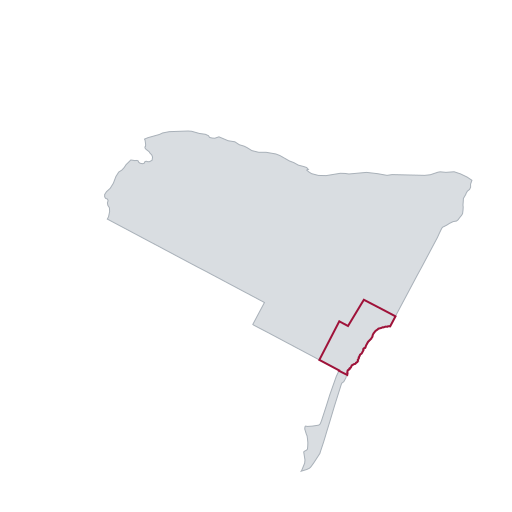 Kavango on a map of Namibia (Mercator projection), rotated 118°
{"feature_id": "NAM-3354", "entity_name": "Kavango", "entity_type": "Region", "adm_level": 1, "iso_a3": "NAM", "parent_name": "Namibia", "parent_adm1": "", "projection": "mercator", "projection_center": [19.863, -18.289], "detail": "fine", "context": "in_parent", "style": "outline", "palette": "rose", "viewbox_px": 512, "rotation_deg": 118, "n_neighbors": 0, "source": "natural_earth", "source_scale": "10m", "svg_char_len": 4449}
<svg xmlns="http://www.w3.org/2000/svg" viewBox="0 0 512 512"><g transform="rotate(118 256 256)"><path d="M377.9,111.1L383.3,110.0L388.4,109.0L394.3,108.0L399.0,107.2L400.2,106.9L411.6,107.9L416.6,108.6L418.3,109.2L420.6,110.9L424.8,115.1L423.7,115.0L416.0,115.8L413.1,117.0L406.6,121.9L405.2,121.3L403.7,120.2L402.3,119.9L399.5,121.1L396.6,122.5L393.4,124.6L390.8,126.5L390.0,127.6L385.9,131.7L384.6,132.3L383.4,132.6L382.9,132.4L382.4,130.7L379.9,126.6L375.9,121.2L374.7,120.7L373.9,120.5L370.9,120.8L362.3,122.3L355.0,123.6L343.8,125.7L331.8,127.5L324.4,128.6L317.9,128.9L317.9,134.2L318.0,144.9L318.0,155.7L318.0,166.5L318.0,177.3L318.0,188.1L318.0,199.0L318.0,209.9L318.1,220.9L318.1,225.7L317.9,226.7L314.2,226.7L305.8,226.7L298.8,226.7L293.1,226.7L293.1,233.2L293.1,240.9L293.1,248.7L293.1,256.4L293.1,264.2L293.1,272.0L293.1,279.8L293.1,287.7L293.1,295.5L293.2,301.4L293.2,302.1L293.2,313.7L293.2,325.9L293.2,338.3L293.2,350.6L293.2,363.1L293.2,375.5L293.2,388.0L293.2,400.6L293.2,404.6L290.6,404.6L285.5,406.1L282.2,408.1L280.8,410.6L278.9,412.1L276.5,412.6L275.5,413.9L275.7,415.9L274.8,417.4L272.7,418.5L269.4,418.2L264.7,416.5L258.7,416.1L251.5,417.0L246.3,416.6L243.2,414.8L239.8,413.9L236.3,413.6L234.2,412.9L230.0,411.6L229.2,409.4L228.7,407.8L227.5,406.0L227.4,404.6L228.3,403.6L228.5,401.8L227.8,399.5L226.6,398.3L225.0,398.4L223.9,397.5L223.5,395.6L222.6,394.2L220.2,392.7L217.2,393.8L215.7,395.5L214.9,398.0L214.1,399.3L213.7,401.5L213.5,403.0L212.8,404.6L211.9,405.3L211.1,405.0L209.5,405.7L206.1,408.1L205.1,409.3L202.3,407.0L194.1,398.4L191.2,396.2L186.9,390.9L177.5,374.6L176.1,371.4L174.4,363.6L172.3,357.8L172.1,354.5L173.1,352.6L172.4,350.0L171.4,347.7L168.2,344.7L167.3,334.7L165.1,328.3L165.6,323.0L164.6,318.1L164.5,315.0L164.9,309.2L163.2,302.4L159.7,295.8L156.6,286.4L156.1,282.2L156.4,271.1L155.8,266.6L155.9,261.3L154.6,255.8L154.1,252.8L155.0,250.4L155.5,251.2L156.4,251.5L157.0,248.4L157.2,245.6L155.6,238.8L152.1,231.8L143.4,220.4L141.3,216.1L140.0,212.5L130.3,197.7L126.2,187.2L123.3,178.2L120.2,174.0L105.6,144.9L102.4,140.2L96.6,134.7L95.2,132.9L93.0,127.6L88.6,120.6L87.5,114.0L87.2,106.6L87.8,100.9L91.8,100.3L94.5,98.8L97.0,98.7L99.5,99.8L102.1,99.9L103.1,99.7L107.8,99.9L110.6,98.6L113.8,97.2L115.6,96.0L118.2,94.8L121.6,93.5L123.6,93.6L126.0,94.1L129.2,94.6L131.0,95.4L133.1,98.1L136.4,100.5L138.9,101.9L141.7,103.8L142.5,104.5L143.7,104.9L144.5,105.0L149.7,104.8L154.4,104.5L159.5,104.5L169.0,104.5L178.5,104.5L188.1,104.5L197.6,104.6L207.2,104.6L216.7,104.6L226.2,104.6L235.8,104.6L239.7,104.6L246.5,104.7L253.7,104.8L254.5,104.9L255.3,105.5L255.9,105.9L258.4,109.3L261.7,112.7L264.4,114.4L267.6,115.4L270.6,115.7L273.4,115.5L278.1,115.9L284.7,117.1L291.4,117.4L298.5,116.9L303.4,117.6L306.3,119.3L309.2,120.4L312.2,121.0L316.3,120.7L321.4,119.4L325.8,119.5L327.8,120.5L329.0,120.5L336.5,119.1L342.5,118.0L351.6,116.3L359.1,114.8L370.1,112.6L377.9,111.1Z" fill="#d9dde1" stroke="#a8b0b8" stroke-width="1"/><path d="M243.8,104.5L247.2,104.5L253.6,104.5L254.9,104.5L255.1,104.5L255.2,105.0L255.4,105.1L255.5,105.2L255.9,106.2L256.0,106.4L256.1,106.5L256.7,106.7L257.5,108.3L257.6,108.6L257.9,108.8L259.2,109.9L259.3,110.1L259.4,110.6L259.6,110.8L259.8,111.0L260.3,111.3L260.5,111.4L261.9,112.9L262.4,113.6L262.8,113.9L263.7,114.1L266.0,115.3L269.2,115.9L271.3,115.8L272.2,115.4L272.7,115.3L273.0,115.3L273.7,115.5L274.9,115.4L275.3,115.6L279.2,116.8L283.5,116.8L284.9,116.5L285.5,116.4L286.0,116.5L286.2,117.0L286.4,117.2L287.0,117.4L287.5,117.6L287.9,117.6L288.1,117.5L288.3,117.0L288.5,116.9L292.4,116.9L293.4,117.4L294.3,117.8L294.5,117.8L296.0,117.6L296.6,117.7L297.0,117.6L297.3,117.4L297.5,117.6L297.9,117.3L298.5,117.2L299.1,117.2L299.7,117.4L300.6,116.7L300.8,116.9L301.2,116.9L302.0,116.7L302.3,116.8L303.3,117.6L303.9,117.5L304.6,117.7L305.1,118.3L305.6,118.8L305.8,119.0L306.7,119.4L307.4,120.0L307.7,120.1L308.4,120.0L309.4,119.9L310.3,120.0L310.7,120.2L310.8,120.4L311.2,120.6L311.7,120.7L311.8,120.6L312.0,120.3L312.5,120.5L313.2,120.8L313.7,121.3L314.4,121.3L315.1,121.0L315.9,120.8L316.3,120.2L318.2,119.6L318.4,128.9L318.0,128.9L318.0,129.6L318.0,130.7L318.0,131.8L318.0,132.9L318.0,133.9L318.0,135.0L318.0,136.1L318.0,137.2L318.0,138.2L318.0,139.3L318.0,140.4L318.0,141.5L318.0,142.5L318.0,143.6L318.0,144.7L318.0,145.8L318.0,146.8L318.0,150.1L318.0,151.3L274.6,151.8L274.6,141.9L248.6,140.5L244.0,140.2L243.8,114.4L243.8,104.5Z" fill="none" stroke="#9f1239" stroke-width="2"/></g></svg>